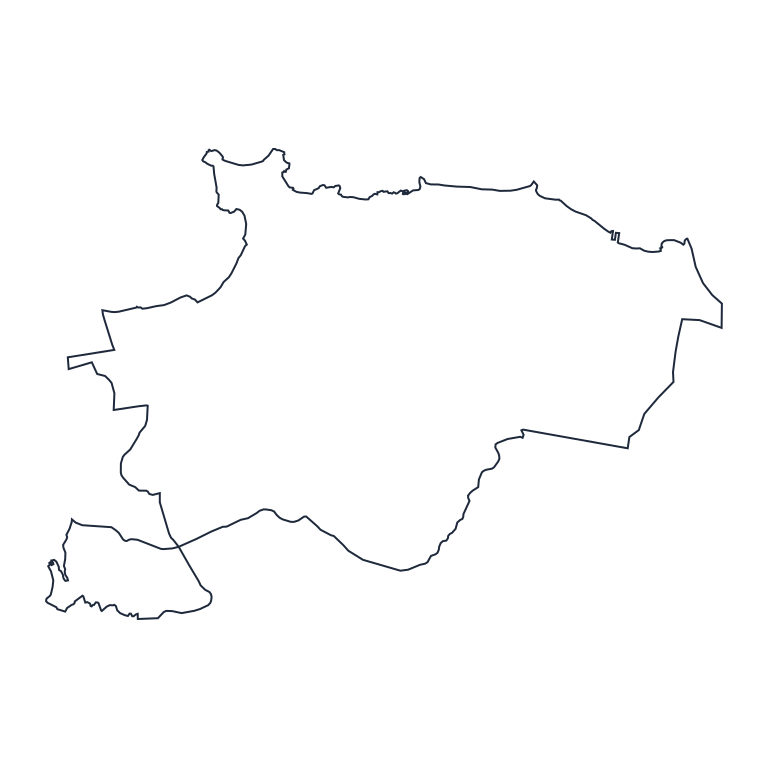 Cristo Rei, Dili, East Timor (orthographic projection)
{"feature_id": "22284137B23086342577141", "entity_name": "Cristo Rei", "entity_type": "district", "adm_level": 2, "iso_a3": "TLS", "parent_name": "East Timor", "parent_adm1": "Dili", "projection": "orthographic", "projection_center": [125.629, -8.561], "detail": "fine", "context": "isolated", "style": "outline", "palette": "slate", "viewbox_px": 768, "rotation_deg": 0, "n_neighbors": 0, "source": "geoboundaries", "source_scale": "gbopen_adm2", "svg_char_len": 6059}
<svg xmlns="http://www.w3.org/2000/svg" viewBox="0 0 768 768"><path d="M178.7,546.8L196.5,538.9L211.4,531.5L222.7,526.8L226.7,526.6L240.7,519.8L248.0,518.2L256.9,512.9L259.5,510.8L263.5,509.4L266.4,509.5L271.2,510.2L274.1,511.5L276.7,515.0L279.7,517.8L283.0,519.5L291.0,521.9L293.9,521.9L298.3,520.5L304.1,516.6L306.2,516.5L317.2,526.2L320.6,529.8L330.9,535.2L333.8,536.0L343.3,545.1L348.3,550.7L362.9,559.8L400.4,570.7L408.1,569.7L420.0,564.8L425.0,563.7L427.5,562.2L431.0,555.9L435.5,554.3L437.5,552.8L438.8,549.7L439.2,546.6L440.7,543.1L442.8,541.2L446.3,540.6L447.9,538.3L448.2,535.9L449.9,533.9L452.0,532.9L455.6,528.8L457.3,522.5L460.1,520.0L462.4,518.9L463.3,516.7L463.4,514.2L469.5,500.9L468.3,498.3L468.0,495.7L470.2,492.8L472.7,490.6L478.2,487.1L478.9,479.5L481.9,472.3L483.9,470.7L486.4,469.7L491.9,468.7L494.0,467.3L498.2,461.5L499.4,458.7L499.2,455.9L498.4,453.1L495.3,447.5L495.6,444.4L497.6,442.9L507.6,439.0L520.2,436.8L522.6,437.8L523.6,434.8L521.4,430.3L523.0,429.6L627.7,448.3L629.4,437.0L638.8,430.1L644.3,413.9L658.4,397.4L673.5,381.9L673.0,372.1L675.6,351.6L678.3,336.6L682.2,319.2L699.6,320.1L721.6,327.9L721.9,303.6L712.3,295.1L703.0,283.1L695.7,266.9L691.6,248.7L687.4,238.7L686.5,238.8L685.3,239.9L684.7,240.9L684.3,243.8L683.3,244.7L680.7,242.7L674.0,240.1L667.0,240.2L664.8,240.8L663.2,241.8L661.7,243.6L661.4,246.3L662.1,246.8L662.2,247.4L660.4,248.2L661.0,248.7L660.5,249.8L660.8,250.9L658.9,251.5L652.8,252.0L648.3,251.7L644.2,250.7L639.9,248.3L636.1,248.5L632.3,248.2L624.7,244.8L618.7,243.2L617.8,242.5L619.2,233.1L615.9,232.8L614.9,239.8L611.8,239.5L613.0,231.0L611.3,231.2L610.4,232.7L608.4,231.7L604.1,228.7L594.4,220.8L592.6,219.9L591.2,218.4L586.0,215.2L575.6,211.6L571.2,209.3L566.7,206.1L560.8,200.7L559.4,200.3L559.0,199.6L555.6,199.7L545.0,198.3L539.7,195.8L537.7,194.0L536.1,191.0L536.0,189.7L536.7,188.6L537.2,185.3L533.8,181.5L531.1,185.2L529.8,186.1L516.6,189.8L510.5,190.7L499.8,190.9L492.3,189.6L481.7,189.3L470.2,187.0L456.9,186.6L444.7,185.5L438.4,184.5L430.7,184.4L425.9,183.1L424.1,179.2L420.7,177.0L419.7,177.9L419.4,180.1L419.4,182.5L420.4,186.6L419.7,189.1L418.3,190.0L413.1,190.4L407.2,194.2L405.8,193.5L404.8,194.2L404.1,193.7L403.3,194.2L402.9,194.0L403.0,193.1L403.8,192.5L406.7,192.9L408.0,192.2L408.0,191.1L406.8,190.2L404.2,190.7L403.0,191.4L400.7,190.6L397.1,193.4L395.7,193.5L395.1,192.8L393.6,192.3L392.1,193.6L390.4,193.0L388.6,193.1L387.4,191.3L383.5,191.8L382.7,190.9L381.6,190.9L378.5,192.3L377.5,192.2L377.3,194.4L374.8,193.8L373.4,194.5L372.3,195.8L369.6,197.2L368.4,199.3L365.7,199.5L359.1,198.8L353.4,197.2L349.8,197.0L347.9,197.4L343.0,196.8L341.8,196.1L341.1,194.7L339.1,194.3L338.2,193.4L340.3,188.1L339.6,186.0L338.8,185.4L335.3,186.0L333.7,187.3L331.1,186.9L326.2,187.8L324.5,185.3L323.0,185.0L319.9,186.2L318.6,188.2L314.1,190.2L312.5,193.4L311.6,193.9L306.9,193.1L300.1,192.6L296.7,191.9L294.3,190.7L292.8,189.8L293.5,188.7L293.0,187.8L289.7,187.4L288.5,186.3L282.3,176.4L282.3,172.5L283.3,172.2L284.1,171.1L285.0,171.9L285.9,171.7L286.3,169.6L288.9,168.3L289.5,163.9L289.3,163.3L287.7,163.1L286.0,162.1L284.0,160.1L283.2,154.9L284.4,154.4L284.2,152.2L279.1,150.1L277.0,150.2L275.1,149.0L273.1,149.0L268.5,155.7L263.7,159.9L263.1,161.0L261.4,161.7L251.4,164.6L243.0,165.4L238.5,164.9L225.2,160.9L222.7,159.7L222.4,159.0L223.0,157.7L222.7,156.6L219.4,152.7L216.7,150.6L214.6,150.1L211.4,151.1L209.2,149.7L208.7,150.1L208.6,151.6L206.8,152.0L206.6,153.5L203.8,157.2L202.3,160.0L203.0,161.2L205.9,162.6L207.1,163.7L211.0,165.6L212.9,165.8L213.5,166.5L214.2,174.1L216.6,187.6L216.4,191.4L216.7,192.4L218.7,194.6L218.3,202.9L217.1,204.7L217.0,206.0L219.8,208.1L220.5,209.2L222.0,209.2L222.7,210.0L224.2,210.3L228.3,210.5L229.4,212.7L230.4,213.1L234.2,211.6L236.4,209.0L239.7,209.8L242.2,211.8L244.5,215.7L246.2,224.0L245.3,234.5L243.1,238.6L245.0,240.7L246.8,244.6L245.0,246.2L240.8,255.2L238.5,258.0L236.5,263.3L231.4,273.4L228.8,277.3L223.6,282.0L220.5,287.3L215.5,292.6L212.1,295.2L197.5,302.4L195.0,299.6L191.7,298.4L190.0,296.7L186.6,295.4L180.7,297.4L170.9,302.5L164.0,305.1L156.4,306.1L146.9,308.2L142.3,308.7L140.6,307.4L138.0,307.5L136.9,306.8L136.6,307.4L135.4,307.8L118.7,311.7L115.0,312.1L111.5,311.9L102.4,310.2L102.9,314.4L104.4,319.6L112.2,344.6L114.3,349.9L67.8,357.3L68.7,369.1L91.8,362.3L97.2,374.0L105.1,376.0L109.0,379.8L111.6,383.0L114.4,393.3L113.7,410.0L138.2,406.3L146.3,405.4L147.7,405.7L147.0,419.9L145.2,425.9L139.6,432.6L138.8,435.1L136.7,438.9L130.3,449.4L124.3,454.9L122.7,457.2L120.9,463.5L120.8,472.5L121.4,475.1L123.1,477.7L129.2,484.6L135.2,487.1L138.9,490.6L146.3,490.7L147.7,491.5L149.4,494.0L152.8,494.9L159.8,493.1L159.8,502.3L169.0,533.4L171.0,537.7L173.2,539.8L178.7,546.8ZM178.7,546.8L172.5,548.4L163.5,549.1L161.0,548.9L137.6,539.8L132.0,539.2L129.5,539.5L126.7,541.0L124.8,540.7L123.0,539.4L118.9,533.0L116.0,530.4L111.4,527.2L82.2,525.2L75.7,522.6L71.9,519.4L71.7,522.1L69.6,528.6L66.4,534.9L67.2,537.1L66.4,539.5L63.1,544.9L63.5,547.9L65.4,552.6L65.2,559.0L63.9,566.0L65.2,569.1L64.7,571.4L65.3,574.9L67.2,577.7L68.0,580.4L65.4,580.9L64.5,579.9L63.4,578.0L62.8,574.5L61.0,571.2L59.0,569.9L58.8,566.9L56.4,561.7L54.2,559.9L51.5,560.5L53.1,562.9L53.4,564.2L51.5,565.1L50.5,562.1L49.3,562.9L49.9,564.5L48.2,566.2L51.0,571.4L53.3,580.4L52.6,586.8L50.8,594.6L49.7,596.1L46.9,598.3L46.3,599.3L46.1,601.2L47.4,602.7L56.3,607.2L57.4,609.2L65.2,611.6L67.1,608.0L71.6,604.9L73.6,604.2L74.6,602.9L74.8,601.4L82.5,595.7L83.3,596.3L85.3,602.6L87.1,602.1L89.6,603.3L90.3,604.2L90.6,606.0L91.6,606.4L92.9,605.0L94.0,604.9L95.8,602.4L97.3,602.4L98.5,603.1L101.1,610.4L101.8,611.0L106.5,606.8L108.1,605.9L110.0,605.1L112.8,605.4L114.1,604.8L115.8,605.9L117.3,610.4L120.1,613.1L124.6,615.1L127.9,616.0L129.5,613.7L130.9,613.7L132.2,616.2L133.5,616.3L136.1,614.3L137.7,613.8L137.8,619.0L157.9,618.2L163.8,612.0L166.2,610.9L172.2,611.1L181.6,613.1L194.3,610.8L200.1,609.0L208.3,605.1L210.4,602.8L211.2,600.3L211.6,596.8L211.0,594.2L209.4,592.0L205.3,589.9L200.7,585.5L198.6,581.0L189.2,565.3L178.7,546.8Z" fill="none" stroke="#1e293b" stroke-width="2"/></svg>